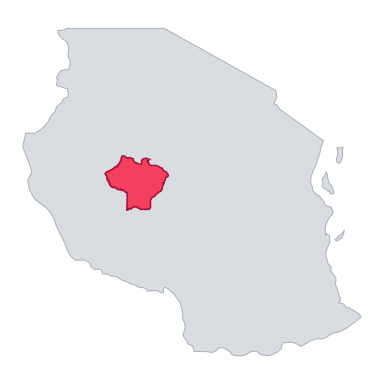 Sikonge, Tabora, United Republic of Tanzania shown in context
{"feature_id": "72390352B96655451787370", "entity_name": "Sikonge", "entity_type": "district", "adm_level": 2, "iso_a3": "TZA", "parent_name": "United Republic of Tanzania", "parent_adm1": "Tabora", "projection": "mercator", "projection_center": [32.873, -6.086], "detail": "fine", "context": "in_parent", "style": "filled", "palette": "rose", "viewbox_px": 384, "rotation_deg": 0, "n_neighbors": 0, "source": "geoboundaries", "source_scale": "gbopen_adm2", "svg_char_len": 8937}
<svg xmlns="http://www.w3.org/2000/svg" viewBox="0 0 384 384"><path d="M132.1,284.6L127.2,282.0L122.7,280.4L119.0,278.6L117.4,276.9L113.9,276.2L110.9,276.0L108.2,274.3L102.5,273.8L101.9,272.7L101.8,270.3L100.8,269.7L98.7,269.1L96.5,269.1L95.1,269.5L94.3,269.3L92.5,267.9L90.8,266.1L90.1,263.3L87.5,261.5L84.5,260.0L76.2,260.2L74.9,259.7L72.9,258.3L70.6,255.9L68.8,253.2L67.1,249.6L65.4,244.6L55.9,224.9L54.9,221.2L53.1,217.1L50.0,212.0L46.8,208.2L42.4,204.8L37.4,201.4L34.8,199.1L29.6,189.9L28.6,185.5L27.8,181.1L28.1,179.2L31.3,173.5L31.6,171.8L31.3,169.6L29.7,165.0L27.7,159.5L23.6,149.3L23.0,146.7L23.1,144.8L25.5,134.5L25.5,133.1L35.0,133.3L42.0,128.7L48.0,122.0L49.2,119.2L51.7,114.8L54.1,112.7L55.1,111.2L56.5,106.9L59.6,104.0L62.7,101.7L62.1,100.1L62.6,99.6L64.2,98.4L67.5,97.3L68.2,95.1L68.2,92.5L67.6,91.1L67.7,89.5L67.2,88.5L65.1,88.3L61.9,87.0L59.2,86.5L57.4,85.8L56.7,85.2L56.4,83.7L57.9,79.7L56.4,78.1L59.8,71.6L60.4,70.8L61.6,70.7L63.5,70.0L65.2,69.7L66.7,69.9L67.8,69.7L68.7,68.9L69.5,66.7L70.2,63.0L69.8,60.0L68.4,57.7L68.0,54.1L68.7,49.3L68.2,45.4L66.7,42.2L65.1,40.3L62.7,39.4L59.0,34.6L57.8,32.3L58.0,30.8L59.3,30.2L61.7,30.4L64.0,29.9L66.1,28.5L68.1,28.1L69.2,28.4L164.3,28.4L275.4,90.4L275.9,91.1L276.8,96.5L276.6,98.3L274.9,101.4L274.4,103.0L274.3,104.1L274.8,104.5L276.2,104.7L277.5,105.4L277.9,106.0L278.9,108.3L280.1,109.5L322.3,140.0L323.3,140.5L322.7,143.0L320.3,149.2L320.2,151.8L319.2,154.9L318.3,156.9L315.9,165.6L313.9,168.9L311.1,176.6L310.6,182.4L312.2,186.5L312.7,190.4L316.0,194.2L318.6,195.5L320.4,197.3L323.5,201.2L325.3,205.2L330.9,207.1L333.1,211.6L332.3,214.6L329.7,217.2L327.3,221.3L325.3,226.7L325.3,234.9L326.6,233.7L329.6,235.7L329.9,241.8L326.9,248.9L325.9,252.2L325.8,255.0L328.0,263.5L331.4,267.8L331.1,269.2L330.3,270.3L336.0,278.0L335.5,284.7L337.7,289.9L338.6,294.4L340.1,297.8L340.3,300.2L338.6,302.9L342.8,303.5L345.2,305.7L346.4,307.8L349.4,307.7L351.1,309.1L353.5,310.3L358.7,313.7L360.1,315.5L361.0,317.2L346.6,328.2L341.3,331.0L337.6,332.3L333.7,333.0L329.9,334.8L326.3,337.5L321.8,338.9L316.2,338.9L310.3,340.8L301.1,346.5L295.8,343.3L291.6,342.3L286.8,342.4L283.8,342.8L282.8,343.5L281.8,345.4L281.1,348.6L277.9,351.7L272.3,354.6L267.2,355.7L262.5,354.9L259.4,353.7L257.7,352.0L255.3,351.2L252.0,351.4L249.0,352.6L246.0,354.9L241.3,355.9L234.8,355.6L231.4,354.4L230.9,352.5L228.1,350.3L222.9,347.8L219.1,347.7L216.6,350.2L214.4,351.7L212.3,352.3L210.5,352.4L207.9,351.7L200.8,351.5L194.0,351.6L193.3,348.0L191.9,345.9L190.7,344.6L188.4,344.3L187.7,343.3L186.9,341.1L185.8,339.2L184.3,337.6L183.3,336.2L183.0,334.9L183.3,333.4L184.7,329.8L185.1,327.3L185.0,324.7L184.2,322.1L182.6,319.0L182.8,318.1L182.2,316.0L182.2,314.6L182.5,312.7L182.2,310.3L180.8,305.1L180.8,303.8L179.3,301.3L174.8,295.4L174.6,294.6L167.6,288.6L164.8,287.3L163.7,288.4L163.4,289.5L163.7,291.4L163.5,292.3L163.2,292.8L161.5,292.7L160.5,292.5L157.8,290.9L155.7,290.5L150.6,290.8L148.8,291.1L147.3,290.8L144.6,288.0L141.4,287.5L138.5,287.3L133.8,284.2L132.1,284.6ZM331.6,185.6L333.9,192.1L333.6,193.3L332.0,194.1L331.2,194.1L330.1,193.1L329.4,190.9L328.2,191.4L326.0,188.8L323.9,188.7L322.1,185.6L322.8,182.8L322.4,178.2L324.7,175.8L325.9,171.8L327.4,174.5L327.7,178.8L329.7,183.8L331.6,185.6ZM342.8,147.0L343.0,148.5L342.5,149.9L342.6,154.5L342.4,157.6L340.7,161.8L339.3,163.3L338.0,162.9L337.0,162.2L336.2,161.0L337.8,153.3L337.0,147.6L340.2,148.1L342.8,147.0ZM338.1,240.7L336.5,241.1L335.9,240.7L334.9,239.5L336.6,238.4L338.3,236.3L342.2,233.2L344.1,230.7L343.8,233.1L341.6,238.4L339.7,238.7L338.1,240.7Z" fill="#d9dde1" stroke="#a8b0b8" stroke-width="1"/><path d="M126.9,210.1L127.9,210.1L128.1,209.9L128.1,209.7L128.2,209.1L128.6,209.0L128.8,208.8L129.3,208.9L129.5,208.8L129.7,208.7L129.9,208.7L130.2,208.8L130.3,209.1L130.6,209.2L131.1,209.0L131.3,208.6L131.5,208.3L131.6,207.9L132.0,207.9L132.1,207.6L132.5,207.7L132.8,207.7L133.1,207.4L133.8,207.1L134.0,206.8L134.4,206.7L134.5,206.8L134.9,207.0L135.1,206.9L135.4,206.7L136.0,206.9L136.6,206.7L136.9,206.8L137.0,207.1L137.5,207.3L137.9,207.7L137.9,207.9L138.1,207.9L138.2,208.1L139.2,208.3L139.6,208.7L139.9,208.8L140.2,209.2L140.8,209.4L141.2,209.3L141.6,209.5L142.0,209.3L142.8,209.2L143.1,209.1L143.3,209.0L143.7,209.2L143.8,209.1L144.1,209.1L144.4,209.3L144.7,209.4L145.2,209.5L145.7,209.6L145.9,209.3L146.1,209.3L146.3,209.2L146.8,209.3L147.1,209.2L147.2,209.4L147.4,209.5L148.1,209.0L148.3,209.0L148.6,209.2L149.0,209.0L149.3,209.1L149.6,208.8L150.2,207.9L150.6,207.0L150.5,206.7L150.5,203.2L150.4,201.3L150.6,200.6L150.7,199.9L151.1,199.4L151.2,198.8L151.6,198.4L152.0,197.7L152.5,197.2L153.5,196.8L154.0,196.8L154.6,196.2L155.1,195.9L155.3,195.6L155.8,194.5L156.0,194.4L156.3,194.1L156.6,194.0L157.1,193.7L157.5,193.2L157.8,193.1L158.1,193.1L158.3,193.0L158.4,192.6L158.4,192.2L158.5,192.1L158.8,191.9L159.9,191.7L161.1,190.9L161.1,190.6L161.4,190.2L162.0,189.5L161.9,189.2L162.1,188.7L162.1,188.2L162.6,186.8L162.8,185.5L163.6,184.1L164.0,183.4L164.2,182.7L163.4,182.7L164.2,181.9L164.7,181.1L165.1,179.9L165.3,179.5L165.3,178.4L165.6,177.7L165.8,177.5L167.5,176.9L167.8,176.7L168.1,176.1L168.2,175.4L168.2,174.7L167.8,174.1L166.8,173.1L166.5,172.1L166.1,171.7L164.7,171.2L163.4,170.6L163.3,170.3L163.2,170.1L163.0,169.8L162.9,169.3L162.6,169.0L162.6,168.7L162.4,168.5L162.4,168.4L162.2,168.1L161.6,168.0L161.4,167.8L159.6,167.2L158.8,166.4L158.0,166.2L157.4,166.1L157.0,166.0L156.2,165.4L152.3,165.4L150.1,165.2L149.3,165.0L149.2,164.8L149.0,163.5L148.9,163.3L148.9,163.1L148.7,162.6L147.4,162.1L147.6,161.1L147.5,160.9L147.8,160.8L147.8,160.7L148.1,160.8L148.1,160.7L148.3,160.7L148.7,160.4L148.8,160.0L149.1,159.8L149.3,159.4L149.5,159.3L149.0,159.2L148.6,159.3L147.7,159.0L147.0,158.6L146.5,158.2L143.9,158.6L143.3,159.0L142.1,160.0L141.7,160.0L141.5,160.4L141.6,162.3L141.6,163.9L139.0,164.2L135.6,162.5L134.6,162.5L134.5,162.0L134.2,161.9L133.8,160.9L133.4,159.9L133.3,159.0L132.6,158.6L131.7,158.4L131.3,158.2L131.1,157.9L130.8,157.8L130.3,157.8L130.0,157.7L129.9,157.7L129.8,158.0L129.8,157.7L129.4,157.5L129.1,157.7L128.7,157.7L128.2,157.8L127.9,157.8L127.6,158.1L127.2,157.9L126.8,157.6L126.6,157.7L126.4,157.6L126.2,157.6L125.9,157.2L124.9,156.5L124.8,156.3L124.5,156.2L124.0,155.8L123.2,155.9L122.8,156.1L122.4,156.1L121.9,156.2L121.9,156.6L121.7,156.8L121.8,157.2L121.6,157.3L121.5,157.9L121.3,158.0L121.2,158.1L121.1,158.3L121.2,158.6L121.1,158.8L121.1,159.0L121.1,159.3L121.2,159.7L121.1,159.9L121.2,160.2L121.2,160.3L120.9,160.3L120.9,160.5L120.4,160.9L120.5,161.2L120.4,161.4L120.3,161.7L120.4,161.8L120.1,162.4L119.8,162.3L119.7,162.5L119.5,162.9L119.4,163.0L119.4,163.3L119.2,163.4L119.2,163.5L118.9,164.0L118.5,164.1L118.4,164.3L118.4,164.7L118.4,165.1L118.0,165.2L117.9,165.1L117.6,165.4L117.4,165.3L117.2,165.5L116.9,165.7L116.9,165.9L117.1,166.0L116.9,166.2L116.8,166.8L116.5,166.8L116.5,166.7L116.3,166.7L116.3,166.8L116.2,166.7L115.9,166.6L115.7,166.8L115.2,166.8L115.2,167.0L114.9,167.2L114.6,167.5L114.4,167.5L114.3,167.8L113.9,168.1L113.2,168.4L112.8,168.7L112.7,168.8L112.6,169.0L112.0,169.6L111.4,169.7L111.0,169.6L110.9,169.7L110.8,169.9L110.5,170.1L110.4,170.4L109.8,170.5L108.8,171.1L108.7,171.3L108.4,171.3L108.0,171.6L107.8,171.5L107.4,171.5L107.2,171.9L106.9,172.2L106.6,172.0L106.2,172.3L105.1,173.5L105.1,174.0L105.3,174.4L105.5,174.5L105.6,174.9L105.8,175.1L106.1,175.1L106.4,175.2L106.8,175.8L106.9,176.3L106.8,176.5L106.8,176.9L106.8,177.4L107.0,177.6L106.7,177.7L106.7,177.8L106.8,177.9L107.0,178.0L107.1,178.4L107.0,178.7L107.1,178.8L107.3,178.7L107.4,178.9L107.7,178.9L107.6,179.3L107.7,179.6L107.9,179.7L107.8,180.0L107.6,180.1L108.1,180.3L108.2,180.5L108.3,180.9L108.2,180.9L108.3,181.1L108.6,181.1L108.4,181.5L108.7,181.5L108.9,181.8L108.9,182.1L109.1,182.0L109.4,182.3L109.2,182.7L109.4,182.8L109.3,183.5L109.7,183.6L109.8,183.9L109.9,184.2L109.7,184.7L109.8,184.9L109.9,184.7L110.0,184.8L110.0,185.1L110.3,185.2L110.3,185.5L110.5,185.6L110.4,185.8L110.5,185.9L110.6,186.0L111.0,186.3L111.3,186.2L111.5,186.3L111.7,186.6L111.7,186.8L111.9,186.8L112.1,187.0L112.2,186.9L112.4,186.9L112.4,187.1L112.7,187.1L112.7,187.3L113.1,187.6L113.4,187.6L113.4,187.3L113.8,187.3L113.8,187.5L114.2,187.4L114.4,187.2L114.5,187.3L114.8,187.3L115.0,187.4L115.2,187.5L115.2,187.8L115.5,187.8L116.5,188.3L116.6,188.7L116.9,188.9L116.9,189.0L117.1,189.0L117.3,189.2L117.6,189.5L117.8,189.5L118.3,189.6L118.7,189.7L118.9,189.6L119.0,189.5L119.4,189.5L119.8,189.9L120.3,189.9L120.8,189.8L120.8,189.7L121.0,190.0L121.3,189.9L121.5,190.1L121.9,190.3L122.0,190.5L122.2,190.4L122.2,190.5L122.3,190.5L122.5,190.5L122.5,190.4L122.9,190.4L123.0,190.3L123.3,190.4L123.5,190.3L123.8,190.4L123.9,190.6L124.0,190.7L124.4,191.3L124.5,191.3L124.8,191.4L124.9,191.6L125.2,192.1L125.3,192.1L125.5,192.2L125.8,192.2L126.2,192.2L126.3,192.4L126.5,192.3L127.1,192.7L127.1,195.5L127.2,196.1L127.2,199.1L127.1,200.5L127.2,202.1L127.1,202.8L127.0,203.1L126.9,203.4L126.9,210.1Z" fill="#f43f5e" stroke="#9f1239" stroke-width="1.5"/></svg>